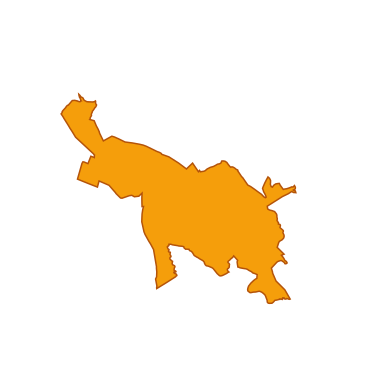 Ixtapangajoya, Chiapas, Mexico, rotated 148°
{"feature_id": "50627088B67018988182398", "entity_name": "Ixtapangajoya", "entity_type": "district", "adm_level": 2, "iso_a3": "MEX", "parent_name": "Mexico", "parent_adm1": "Chiapas", "projection": "natural_earth1", "projection_center": [-92.977, 17.461], "detail": "fine", "context": "isolated", "style": "filled", "palette": "amber", "viewbox_px": 384, "rotation_deg": 148, "n_neighbors": 0, "source": "geoboundaries", "source_scale": "gbopen_adm2", "svg_char_len": 6065}
<svg xmlns="http://www.w3.org/2000/svg" viewBox="0 0 384 384"><g transform="rotate(148 192 192)"><path d="M119.6,164.5L122.3,163.0L125.6,161.0L129.2,158.5L130.3,157.6L130.6,156.1L131.1,154.3L131.2,152.1L131.5,149.5L131.9,148.3L132.7,148.2L133.2,148.9L133.7,150.2L134.3,153.2L136.0,157.3L137.6,161.4L139.4,165.6L141.0,168.3L141.2,172.7L141.4,177.4L141.8,178.8L142.0,185.7L141.7,185.9L141.6,186.4L141.8,186.8L142.5,187.8L143.1,189.7L143.9,191.2L144.8,192.2L146.0,192.4L146.4,193.9L146.7,196.4L146.8,198.6L147.7,200.6L149.2,201.9L150.4,202.5L152.0,201.3L153.6,201.3L155.7,202.1L157.8,202.1L160.3,202.3L163.4,203.2L166.9,203.5L169.7,203.1L170.9,203.3L174.2,204.7L174.2,206.3L175.8,205.8L176.2,216.2L184.5,214.5L188.0,223.6L193.0,234.1L197.7,240.0L197.6,240.9L198.5,242.7L200.2,244.9L200.4,245.2L203.0,249.4L206.6,255.1L208.6,257.7L211.4,260.5L216.7,265.3L222.3,269.9L226.4,276.5L227.0,277.3L228.5,279.6L230.4,281.8L240.1,282.3L239.2,290.9L238.7,292.4L238.3,295.4L238.1,298.8L237.2,304.3L240.3,307.7L239.6,308.0L239.2,308.7L238.7,309.0L238.2,309.4L236.8,310.0L236.4,311.0L235.1,312.1L234.5,312.4L233.5,313.4L232.8,313.5L231.5,314.1L230.9,314.3L230.3,314.6L229.9,314.9L229.3,315.0L228.5,315.2L227.4,315.9L226.8,316.4L226.9,317.4L226.8,318.0L226.3,319.2L225.6,320.1L225.7,320.5L226.5,320.3L227.1,320.4L228.4,320.9L232.4,323.6L233.4,324.4L234.8,326.9L234.8,328.3L234.6,329.1L234.7,329.6L235.1,330.5L235.7,331.3L235.9,333.7L236.2,334.8L236.6,333.9L237.3,331.6L237.1,331.0L237.6,329.1L237.6,328.0L238.2,328.3L238.7,327.9L239.1,327.9L239.4,328.1L239.8,328.4L240.3,329.0L241.0,329.8L240.9,329.9L242.9,331.9L243.5,332.2L245.1,333.0L247.7,332.2L250.6,331.3L250.9,331.2L251.7,331.5L253.4,331.1L254.2,330.6L258.5,329.4L258.8,329.2L259.2,328.9L259.4,329.0L260.0,328.2L261.6,327.6L261.5,324.4L261.6,321.9L261.6,313.3L261.7,310.9L261.6,307.0L261.7,300.2L255.3,276.5L255.3,275.4L255.1,275.1L256.6,273.0L258.8,275.9L265.2,271.2L267.5,274.5L268.5,275.4L270.1,274.6L282.3,263.6L275.7,254.5L269.6,246.3L265.0,250.6L258.9,241.8L258.8,241.6L257.2,231.6L257.3,231.1L255.8,224.8L254.6,223.8L247.2,222.1L244.8,221.1L243.4,218.5L239.3,216.6L235.0,217.5L237.7,213.5L240.0,209.7L242.1,206.1L240.8,205.4L243.2,203.1L246.0,199.8L248.2,196.6L250.4,193.3L253.8,183.7L254.3,180.9L254.7,173.2L254.7,169.7L255.1,163.6L261.7,147.5L262.5,146.3L264.2,142.9L267.0,138.8L269.0,137.5L271.5,131.1L271.9,130.4L272.2,130.2L272.7,129.6L273.1,128.8L261.4,128.7L250.9,128.8L250.3,129.1L249.3,129.1L249.0,129.3L248.9,129.5L248.9,130.7L249.0,131.1L249.9,132.2L250.1,133.1L250.0,133.5L249.8,133.6L248.4,132.9L248.1,132.8L247.8,132.9L247.7,133.4L247.8,133.7L248.5,134.7L248.6,135.3L247.3,136.9L246.7,137.3L246.3,137.4L245.9,138.0L245.9,138.7L247.0,140.7L246.7,142.0L246.0,142.7L245.4,143.2L245.2,143.6L245.7,144.4L246.2,146.8L245.9,147.5L245.5,148.0L245.0,148.2L244.3,148.2L243.9,148.6L243.7,149.6L243.8,150.4L243.7,150.8L243.0,151.6L242.7,151.8L242.4,152.2L242.4,152.5L242.5,152.7L242.7,152.9L242.9,152.9L243.1,153.1L243.4,153.5L243.5,153.9L243.1,154.5L242.1,155.1L242.1,155.7L242.5,156.4L242.2,158.1L242.0,158.6L241.4,158.9L241.2,158.9L240.8,158.7L239.9,158.9L239.3,159.9L237.7,159.0L236.5,157.5L232.5,154.0L231.8,153.2L229.1,151.2L228.0,150.0L228.3,148.9L228.3,148.6L227.9,147.4L227.7,146.8L227.0,146.5L224.9,145.0L225.1,144.2L225.1,143.6L224.4,142.6L224.0,141.9L223.8,141.0L223.7,139.4L223.8,137.3L223.7,136.8L222.3,134.0L221.9,133.4L221.5,132.7L221.1,131.6L219.1,127.9L218.9,126.7L218.8,125.9L219.2,124.9L219.3,123.2L219.0,122.0L218.6,121.5L217.9,120.9L217.2,120.1L215.1,117.1L214.6,115.8L213.9,109.5L213.2,107.0L213.0,106.4L212.1,105.6L210.6,105.1L209.1,104.9L205.9,104.6L203.9,104.7L203.1,104.6L203.5,106.1L203.4,106.7L203.3,107.2L203.0,107.7L202.5,108.0L202.3,108.1L201.6,108.0L200.7,108.3L200.3,108.5L199.8,109.1L199.7,109.5L198.8,110.4L198.5,110.8L198.5,111.3L198.5,112.1L198.8,112.8L198.8,113.2L198.7,113.5L198.5,113.8L198.2,113.9L197.8,114.1L195.9,114.3L195.2,114.6L192.9,114.9L192.3,114.9L190.5,115.7L189.5,109.9L190.8,108.8L192.2,105.7L192.4,104.9L192.9,104.2L192.1,103.2L191.4,102.2L188.9,99.9L186.9,98.2L186.1,97.2L185.2,95.2L183.8,92.9L183.3,91.1L181.9,89.5L180.5,87.4L182.8,84.4L184.4,84.5L186.5,84.3L190.5,83.5L193.9,82.2L195.5,80.9L196.5,79.8L197.0,78.7L197.0,78.1L196.1,75.9L195.3,75.4L193.1,74.6L190.9,73.4L188.0,72.4L187.3,72.0L186.0,70.2L185.3,68.4L184.7,66.2L184.8,64.7L185.7,60.3L186.0,59.6L186.3,59.2L186.5,58.7L186.4,57.7L186.0,57.1L185.4,56.6L183.1,55.3L181.4,55.5L179.0,56.2L178.0,55.7L176.0,55.0L175.5,55.0L175.2,54.7L174.7,54.6L174.0,54.8L173.7,54.4L173.5,53.9L172.8,53.8L172.6,53.3L172.4,53.0L172.0,53.1L171.7,53.2L171.5,53.6L171.3,54.1L170.9,54.1L170.7,53.9L170.5,53.5L170.1,53.4L170.0,53.2L169.9,53.0L169.9,52.7L170.1,52.4L170.0,52.1L169.8,51.8L168.5,51.3L168.0,51.4L167.5,50.9L167.0,50.1L166.3,49.4L165.5,49.2L165.1,59.9L167.9,72.0L166.6,80.5L166.1,81.5L165.0,85.4L157.2,87.5L156.2,87.6L155.2,87.4L153.5,87.0L152.5,86.5L151.4,84.1L151.1,83.0L151.2,82.0L150.5,81.4L149.9,81.3L149.2,81.3L148.8,81.8L148.8,83.1L149.0,83.7L149.4,84.5L149.5,85.2L149.3,87.0L149.4,89.0L149.7,91.0L146.9,90.5L149.1,99.9L148.3,100.6L145.1,103.3L144.4,103.6L143.6,103.8L142.6,103.8L141.0,103.7L139.8,104.0L138.6,104.4L137.6,105.3L137.0,106.3L136.7,107.3L136.6,108.5L136.4,109.4L136.1,109.8L135.5,110.1L135.1,110.7L135.1,111.3L135.7,113.4L136.1,114.5L136.2,115.2L135.5,116.0L135.1,116.3L134.8,116.7L134.6,117.3L134.7,118.0L135.7,119.0L135.3,119.6L134.9,120.3L135.1,121.0L134.9,122.0L135.1,122.6L134.8,123.1L134.5,123.4L134.1,123.7L133.7,124.4L133.3,125.8L132.5,127.0L132.1,128.1L132.0,128.7L132.2,130.6L132.3,131.6L134.0,133.8L135.8,135.6L136.8,137.5L135.7,140.1L117.7,140.2L111.2,139.5L107.2,139.6L106.2,137.8L104.3,136.4L103.8,138.2L105.5,140.4L104.1,139.7L102.7,140.0L101.8,141.3L101.7,143.2L102.8,142.9L103.7,142.7L104.7,143.5L107.2,143.9L110.0,144.6L112.3,145.6L113.2,145.8L113.4,148.3L113.6,151.1L113.4,153.0L114.5,153.6L116.8,154.5L119.1,154.4L121.2,153.5L122.0,154.6L121.5,157.0L120.1,158.8L119.2,160.3L119.0,162.6L119.4,163.8L119.6,164.5Z" fill="#f59e0b" stroke="#b45309" stroke-width="1.5"/></g></svg>